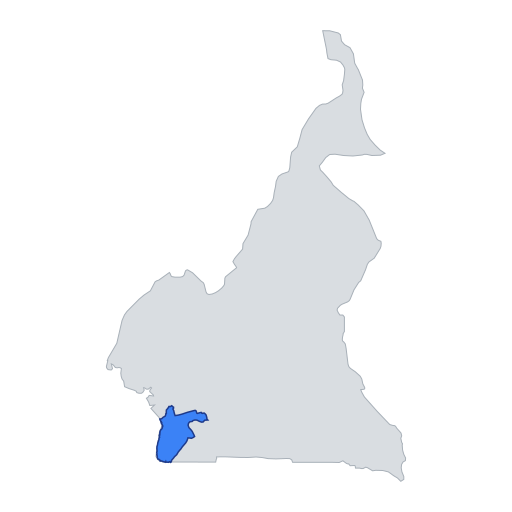 Ocean, Sud, Cameroon shown in context
{"feature_id": "32672807B78470526928215", "entity_name": "Ocean", "entity_type": "district", "adm_level": 2, "iso_a3": "CMR", "parent_name": "Cameroon", "parent_adm1": "Sud", "projection": "mercator", "projection_center": [10.17, 2.882], "detail": "fine", "context": "in_parent", "style": "filled", "palette": "blue", "viewbox_px": 512, "rotation_deg": 0, "n_neighbors": 0, "source": "geoboundaries", "source_scale": "gbopen_adm2", "svg_char_len": 6317}
<svg xmlns="http://www.w3.org/2000/svg" viewBox="0 0 512 512"><path d="M107.3,360.6L108.4,357.6L116.8,343.3L122.1,320.3L124.5,314.9L127.0,311.4L139.2,299.1L143.8,295.2L150.4,290.8L155.1,281.8L156.7,280.8L158.8,280.1L169.4,272.5L170.3,273.9L171.0,275.8L171.8,276.6L175.2,277.2L179.9,277.2L182.6,276.6L184.1,275.1L185.5,270.9L186.4,270.1L187.5,269.8L192.6,272.8L201.1,281.1L203.2,282.6L204.1,284.2L206.0,291.8L207.0,293.7L208.9,294.5L212.2,294.0L215.6,292.6L218.6,290.7L221.6,288.2L223.6,285.9L224.5,284.3L224.9,278.1L225.6,276.7L236.6,267.7L236.3,266.9L234.5,264.4L232.9,261.6L234.5,258.7L236.2,256.5L242.6,249.1L243.0,243.6L248.1,235.1L251.0,223.9L251.1,221.7L257.8,209.3L264.8,208.2L267.5,206.5L270.6,203.4L272.6,200.5L273.5,197.8L274.2,192.6L275.5,186.6L276.2,181.3L278.4,176.4L281.9,174.0L288.0,171.9L288.9,171.0L289.8,167.7L290.6,157.0L291.7,152.2L297.3,146.8L299.8,138.4L302.1,129.6L308.5,118.9L316.0,108.3L319.5,105.4L322.5,104.1L325.8,104.0L328.1,103.2L336.3,97.9L339.6,96.1L342.1,94.2L342.7,92.6L343.0,90.3L342.2,84.8L343.6,80.7L344.4,74.5L344.8,69.6L344.5,67.9L343.0,65.1L340.5,62.0L336.5,60.2L330.9,59.7L328.0,58.6L326.9,53.0L326.5,49.4L322.7,30.7L329.8,30.8L338.3,33.0L340.4,34.7L341.5,41.1L344.6,44.7L350.0,47.7L353.4,53.8L354.7,63.2L357.7,68.7L358.3,69.6L362.5,80.1L362.8,85.0L362.4,88.2L364.1,92.3L361.5,99.2L360.8,103.4L360.5,109.3L362.0,119.8L364.5,127.9L367.2,134.4L370.2,139.5L375.0,145.0L380.2,150.1L385.0,153.3L380.5,155.2L371.9,155.5L366.9,154.4L364.5,154.3L362.2,155.0L352.9,156.0L343.6,155.5L335.0,154.2L329.7,154.5L325.7,157.6L322.4,162.2L319.3,165.9L320.4,170.0L322.7,172.2L327.2,177.2L331.2,182.0L333.2,185.3L341.2,192.3L348.9,198.6L352.6,200.8L353.9,201.3L358.1,204.9L363.9,210.8L369.2,220.1L376.7,238.7L378.3,240.3L380.9,241.3L381.2,243.2L381.0,246.1L380.2,248.5L374.2,258.2L369.0,261.9L367.4,264.2L365.5,269.8L360.7,280.8L358.7,282.4L354.0,289.8L350.1,299.3L349.2,300.7L347.6,301.9L342.1,304.2L340.3,305.3L337.5,308.3L337.1,310.2L338.4,312.9L339.9,315.0L342.8,315.0L344.4,317.0L344.4,331.5L343.1,333.7L343.1,334.7L342.5,337.2L342.3,340.0L342.7,341.1L343.8,342.0L345.3,344.0L346.1,348.4L348.0,364.1L348.8,366.6L350.4,368.4L355.2,371.7L360.2,376.2L361.8,379.1L362.8,383.8L364.7,387.5L364.7,388.8L363.9,389.3L360.7,389.6L361.8,392.3L364.4,397.0L377.3,411.5L389.7,424.5L392.6,425.4L394.8,425.7L395.7,426.5L396.8,428.3L401.0,433.0L401.7,435.8L400.8,438.3L401.7,442.4L402.5,443.8L402.2,445.1L402.6,450.1L403.8,454.4L405.6,458.0L405.4,460.6L403.0,462.0L401.6,464.4L401.2,467.8L401.9,471.8L403.8,476.6L403.8,479.4L400.8,481.3L397.5,478.0L393.8,475.8L388.4,471.9L382.8,470.5L375.7,470.3L372.6,470.8L367.3,467.6L365.6,467.2L363.2,468.5L361.6,468.6L359.6,468.1L355.5,468.1L355.2,465.9L354.5,465.5L350.1,465.7L348.7,463.8L348.1,464.0L346.4,463.4L342.9,460.8L339.2,462.5L331.5,462.3L292.6,462.3L291.7,459.8L289.7,458.6L286.2,458.5L275.9,458.9L268.0,458.6L262.7,457.6L256.1,457.0L248.0,457.5L239.6,457.4L224.7,456.8L216.5,456.9L216.7,458.4L216.2,459.5L215.7,462.1L163.0,462.0L158.7,460.3L157.4,459.1L156.9,456.9L156.0,456.7L156.8,447.5L158.6,439.8L159.3,432.7L161.7,426.4L160.4,420.1L158.9,417.3L150.9,408.4L154.6,405.0L149.8,405.5L148.7,402.2L146.4,398.2L147.8,397.5L149.2,395.4L153.6,396.0L153.4,395.0L149.7,391.6L150.0,389.9L151.6,388.0L150.8,387.2L148.1,389.2L146.2,389.1L144.7,387.9L143.6,387.7L144.2,390.2L142.7,392.5L141.3,393.3L138.8,393.2L136.8,392.6L136.3,391.3L134.4,390.3L129.1,388.6L124.6,386.7L123.7,381.2L122.0,378.9L121.2,376.2L120.8,373.2L121.4,368.5L120.3,367.8L119.0,367.5L117.1,367.8L115.3,367.5L113.2,364.9L111.3,363.9L112.5,368.7L111.2,370.0L108.0,369.6L106.6,367.8L106.4,366.5L107.8,360.7L107.3,360.6Z" fill="#d9dde1" stroke="#a8b0b8" stroke-width="1"/><path d="M173.6,408.1L173.5,407.1L172.5,406.7L172.1,406.0L171.7,405.7L170.5,406.5L168.9,406.5L168.5,407.4L168.3,407.6L167.6,408.6L166.3,410.1L166.4,411.0L166.2,412.0L166.4,413.2L165.7,413.9L165.8,414.6L165.1,416.2L163.1,417.3L161.7,418.7L160.1,419.0L159.8,419.0L160.0,419.9L160.3,420.2L160.6,420.9L160.8,421.1L161.1,421.4L161.2,421.6L160.8,421.4L160.8,421.5L161.0,421.9L161.5,423.4L162.3,424.8L162.6,425.5L162.8,426.1L162.7,426.3L162.4,426.5L162.5,427.0L162.4,427.3L162.2,427.5L162.2,427.9L162.2,428.1L162.1,428.4L162.0,428.5L161.8,428.9L161.1,429.7L160.9,429.7L160.4,430.4L160.3,430.7L160.1,431.4L160.0,431.6L160.1,431.9L159.9,432.1L159.9,432.3L159.8,432.6L159.9,433.3L159.8,433.8L159.8,434.1L159.7,434.0L159.4,434.9L159.2,435.7L159.4,436.4L159.6,437.2L159.6,437.3L159.4,437.4L159.3,437.7L159.1,438.2L159.0,438.5L159.0,439.1L158.9,439.8L158.4,440.5L158.4,441.0L158.3,441.4L158.0,442.0L157.8,443.0L157.7,443.3L157.6,444.4L157.5,444.6L157.5,445.0L157.3,445.5L157.2,446.0L157.0,446.4L156.9,447.4L157.0,448.3L156.8,448.8L157.1,450.0L157.0,450.4L157.1,451.1L157.1,451.5L156.8,451.9L156.7,452.1L156.9,453.3L157.0,454.0L156.8,454.5L156.9,454.8L156.8,455.0L157.0,455.3L157.2,455.7L157.3,456.4L157.2,456.9L157.1,457.2L157.6,458.5L157.8,459.0L158.6,459.2L158.7,459.4L159.1,459.5L159.4,459.9L159.6,460.0L159.8,460.1L160.0,460.3L160.0,460.9L160.1,461.1L160.3,461.1L160.7,460.8L160.8,460.7L161.2,461.0L161.4,461.0L161.6,461.1L162.3,461.2L163.1,461.7L163.3,461.7L163.6,461.6L164.7,462.0L164.9,462.1L165.3,462.3L165.6,462.1L165.7,461.7L165.8,461.5L165.9,461.8L166.1,462.1L166.6,462.2L167.7,462.2L168.0,462.1L168.4,462.3L168.6,462.3L168.8,462.2L169.3,461.8L169.5,461.7L169.7,461.8L170.0,461.7L170.1,461.8L170.2,462.1L170.5,462.4L171.2,461.9L171.3,461.8L171.4,461.4L171.6,460.3L171.8,460.0L173.5,458.1L174.3,457.0L174.5,456.7L176.7,454.7L178.2,452.1L178.4,451.8L179.2,450.9L179.6,450.2L180.4,449.6L182.4,446.7L185.7,442.9L185.8,442.7L186.9,440.9L187.8,438.4L187.9,437.9L189.5,438.0L191.5,438.3L193.5,437.3L194.6,436.5L193.8,434.6L192.2,431.4L190.8,429.6L188.9,427.6L188.1,425.2L188.5,423.3L189.1,422.6L189.6,421.9L191.2,421.6L192.3,421.4L192.5,421.1L192.9,420.6L194.8,420.0L196.8,420.1L197.5,420.4L199.3,421.3L201.4,422.1L203.1,422.0L204.7,420.2L207.8,420.0L206.9,418.9L206.8,417.5L206.1,415.0L205.3,414.0L204.1,413.0L202.6,413.4L201.9,413.3L201.5,412.5L200.6,412.5L197.8,413.3L197.2,413.4L196.7,413.0L196.5,412.0L196.0,410.8L195.4,410.4L195.2,410.4L194.3,410.5L187.5,412.3L182.1,414.1L178.7,415.0L178.4,415.1L175.1,415.6L174.6,414.2L174.1,412.4L173.7,410.5L172.9,409.0L173.6,408.1Z" fill="#3b82f6" stroke="#1e3a8a" stroke-width="1.5"/></svg>